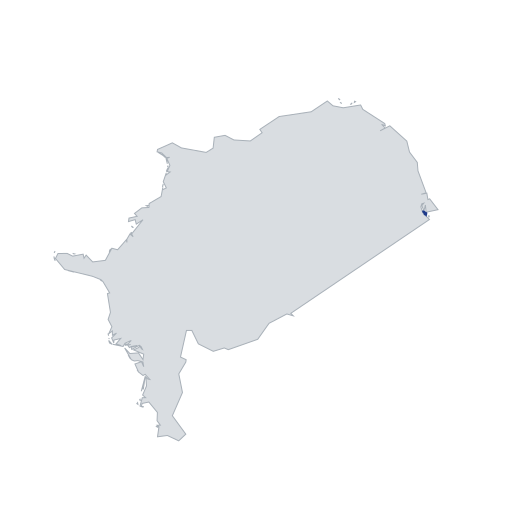 Island, Washington, United States of America shown in context, rotated 156°
{"feature_id": "52423323B81098999696635", "entity_name": "Island", "entity_type": "district", "adm_level": 2, "iso_a3": "USA", "parent_name": "United States of America", "parent_adm1": "Washington", "projection": "albers", "projection_center": [-122.525, 48.158], "detail": "fine", "context": "in_parent", "style": "filled", "palette": "blue", "viewbox_px": 512, "rotation_deg": 156, "n_neighbors": 0, "source": "geoboundaries", "source_scale": "gbopen_adm2", "svg_char_len": 4817}
<svg xmlns="http://www.w3.org/2000/svg" viewBox="0 0 512 512"><g transform="rotate(156 256 256)"><path d="M378.7,161.2L397.4,144.1L392.6,121.8L401.8,118.6L410.0,128.1L419.5,130.9L414.1,139.5L415.2,141.6L412.2,140.4L413.4,145.7L409.7,153.2L413.3,166.2L420.0,167.6L421.9,165.3L419.8,163.9L421.2,164.2L423.0,166.1L417.5,172.8L414.5,171.5L416.1,175.1L408.9,181.8L405.8,190.2L404.8,187.5L403.2,186.4L405.4,193.0L407.8,192.8L410.5,197.8L410.5,206.6L403.6,206.0L403.6,200.5L402.4,205.2L406.5,208.5L409.9,209.6L412.1,212.0L413.4,225.4L410.9,218.2L402.8,215.3L401.4,207.3L398.5,212.0L406.0,220.0L400.1,220.1L398.9,221.3L398.3,217.6L397.7,216.8L397.8,219.9L398.9,221.9L407.5,221.2L407.2,223.7L402.3,222.5L400.9,222.6L406.9,224.1L408.9,223.8L409.5,226.7L406.4,226.2L411.7,227.6L411.3,228.6L408.7,227.8L404.3,229.6L411.2,229.6L414.2,227.4L422.8,233.6L415.8,229.1L419.5,232.7L413.1,235.7L420.0,237.0L421.3,234.4L421.2,239.9L414.8,242.3L419.4,242.0L417.7,245.9L422.1,244.9L416.4,250.0L416.9,258.2L411.9,263.7L407.0,282.1L404.7,281.8L406.2,294.7L407.3,297.5L413.8,304.1L436.3,321.5L440.2,335.3L435.9,338.8L427.5,335.2L423.5,330.4L413.2,328.0L414.0,323.9L410.8,325.9L407.6,317.0L395.4,313.3L384.5,321.7L379.9,318.0L367.8,323.6L368.4,320.9L367.2,323.8L362.2,327.4L360.4,323.6L360.7,326.7L344.5,335.1L352.4,333.8L351.6,338.4L358.5,339.3L356.6,342.3L348.5,340.6L349.7,344.3L340.7,346.4L334.1,343.9L332.2,347.4L318.5,348.9L313.2,356.6L314.5,354.5L310.2,354.7L310.5,361.6L304.2,368.4L305.6,366.5L300.3,367.7L302.8,369.2L297.8,373.8L297.8,381.5L294.7,381.3L297.7,382.3L300.2,388.5L304.0,391.4L302.6,393.4L286.4,393.4L280.2,385.1L259.4,370.9L251.3,372.0L245.8,381.4L235.2,378.8L229.0,371.0L214.4,363.4L200.3,366.1L201.0,370.1L178.1,374.0L146.9,365.3L127.8,368.6L124.6,361.9L116.0,355.9L99.0,351.4L98.8,346.5L84.5,324.6L84.9,322.3L87.7,325.2L85.9,320.4L91.7,319.9L80.8,320.5L71.5,299.6L73.5,288.5L70.6,275.9L73.4,267.9L74.9,244.5L79.9,245.2L74.4,243.9L76.0,237.6L74.1,237.6L70.9,224.3L82.8,226.8L80.5,233.7L84.3,228.8L84.0,234.6L81.2,236.0L83.2,236.3L85.4,233.9L86.1,227.9L82.7,218.8L247.5,189.5L246.3,186.2L251.4,190.5L271.5,189.2L288.3,179.2L319.4,181.7L322.4,184.9L333.8,186.3L344.4,199.2L344.9,214.1L349.8,216.3L366.1,194.4L362.0,189.7L363.3,187.6L374.5,179.7L378.7,161.2ZM412.9,182.2L415.8,179.1L406.1,191.2L413.2,180.0L412.9,182.2ZM83.7,224.5L85.3,228.2L85.2,228.7L83.0,225.9L83.7,224.5ZM303.3,390.5L299.6,385.6L298.6,382.4L300.0,385.6L303.3,390.5ZM415.2,139.2L416.4,140.7L415.6,140.8L415.2,139.2ZM334.9,345.5L335.8,346.6L334.0,346.1L334.9,345.5ZM105.8,356.8L107.6,355.9L107.8,356.2L105.8,356.8ZM103.7,356.3L103.0,357.3L102.3,356.5L103.7,356.3ZM420.7,170.6L420.5,172.3L420.1,172.3L420.7,170.6ZM298.7,379.2L298.5,382.0L299.5,376.3L298.7,379.2ZM429.2,315.6L433.5,319.0L428.6,315.3L429.2,315.6ZM115.9,360.8L116.8,362.2L115.8,360.9L115.9,360.8ZM441.4,335.5L440.8,337.8L441.4,333.3L441.4,335.5ZM425.2,236.1L424.9,238.8L423.3,233.8L425.2,236.1ZM82.1,221.4L82.1,222.5L81.4,222.0L82.1,221.4ZM303.2,370.1L300.9,372.2L303.2,369.7L303.2,370.1ZM424.2,168.5L424.9,169.6L423.8,170.2L424.2,168.5ZM116.1,364.8L116.8,366.5L115.8,365.0L116.1,364.8ZM300.5,373.4L299.6,374.4L300.2,373.1L300.5,373.4ZM412.8,214.2L413.0,217.6L412.4,213.2L412.8,214.2ZM312.8,358.0L311.4,359.6L313.3,357.0L312.8,358.0ZM407.2,295.8L408.0,297.8L407.1,296.6L407.2,295.8ZM422.8,244.8L422.6,245.5L423.1,243.1L422.8,244.8ZM388.6,319.0L387.1,321.0L386.2,321.2L388.6,319.0ZM361.3,327.4L361.1,327.9L359.9,328.4L361.3,327.4ZM421.4,331.8L422.4,333.0L420.9,331.7L421.4,331.8ZM357.3,332.6L357.6,334.1L356.4,331.8L357.3,332.6ZM438.7,341.4L437.6,342.2L439.0,340.9L438.7,341.4ZM410.7,198.8L410.9,200.4L410.5,198.2L410.7,198.8ZM424.1,239.9L423.7,240.7L423.6,240.8L424.1,239.9Z" fill="#d9dde1" stroke="#a8b0b8" stroke-width="1"/><path d="M82.8,225.9L82.8,226.0L83.0,226.1L83.3,226.4L83.4,226.6L83.5,226.5L83.8,226.6L83.9,226.8L83.9,227.0L83.8,227.3L83.9,227.5L84.0,227.9L84.1,228.0L84.2,228.3L84.4,228.3L84.4,228.2L84.5,228.2L84.8,228.4L84.9,228.5L84.9,228.8L85.0,228.9L85.3,228.9L85.3,228.7L85.4,228.4L85.4,228.2L85.3,227.7L85.2,227.7L84.9,227.6L84.7,227.4L84.6,227.2L84.4,227.1L84.4,227.3L84.4,227.5L84.4,227.8L84.2,227.5L84.2,227.3L84.1,227.1L84.1,226.9L84.1,226.7L84.0,226.3L83.8,226.1L83.7,226.0L83.2,226.0L83.1,225.9L83.5,225.8L83.5,225.6L83.8,225.4L83.7,225.4L83.8,225.3L84.0,225.3L84.3,225.4L84.5,225.3L84.5,225.2L84.4,225.1L84.2,224.9L83.9,224.7L84.0,224.4L83.9,224.4L83.9,224.2L83.8,224.3L83.7,224.3L83.5,224.6L83.4,224.7L83.2,225.1L83.1,225.4L82.9,225.6L82.8,225.9ZM85.1,225.7L84.7,225.5L84.3,225.7L84.3,225.8L84.3,226.0L84.3,226.3L84.4,226.5L84.4,226.8L84.6,226.9L84.8,227.0L85.0,227.1L85.2,227.3L85.3,227.5L85.2,227.2L84.9,226.8L84.6,226.5L84.6,226.4L84.7,226.2L84.8,226.2L84.8,225.9L85.0,225.9L85.1,225.7L85.1,225.7Z" fill="#3b82f6" stroke="#1e3a8a" stroke-width="1.5"/></g></svg>